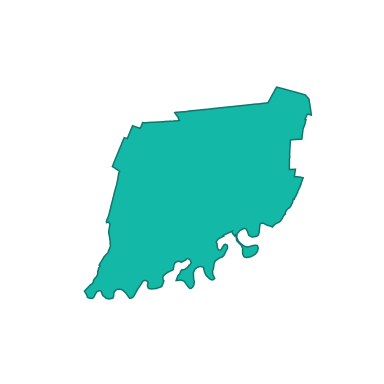 Halaucesti, Iasi, Romania (Robinson projection), rotated 133°
{"feature_id": "2599482B62160059118691", "entity_name": "Halaucesti", "entity_type": "district", "adm_level": 2, "iso_a3": "ROU", "parent_name": "Romania", "parent_adm1": "Iasi", "projection": "robinson", "projection_center": [26.82, 47.1], "detail": "fine", "context": "isolated", "style": "filled", "palette": "teal", "viewbox_px": 384, "rotation_deg": 133, "n_neighbors": 0, "source": "geoboundaries", "source_scale": "gbopen_adm2", "svg_char_len": 6052}
<svg xmlns="http://www.w3.org/2000/svg" viewBox="0 0 384 384"><g transform="rotate(133 192 192)"><path d="M184.0,280.7L197.0,275.8L197.3,276.6L198.3,278.0L198.4,278.3L198.5,278.6L204.5,276.5L205.4,276.0L209.4,274.6L214.8,272.5L222.4,269.7L227.7,267.6L227.1,264.8L227.0,263.8L226.9,262.8L226.6,261.8L226.4,259.6L226.2,259.0L226.9,258.7L228.4,258.4L229.7,257.4L231.2,256.5L232.3,255.7L237.7,252.3L245.2,248.5L248.0,246.8L250.4,245.6L252.3,244.4L254.5,243.3L258.1,241.3L260.2,240.0L261.8,239.3L262.7,238.7L265.7,237.1L268.6,235.8L270.3,235.3L272.1,234.4L272.2,234.2L272.2,233.8L272.3,233.6L272.5,233.5L271.3,232.7L271.1,232.5L271.2,230.8L271.3,230.4L271.5,230.2L271.7,229.9L277.1,226.4L278.6,225.2L281.3,221.4L281.6,221.2L283.5,218.7L287.6,214.5L292.7,212.6L293.6,212.0L299.0,212.2L308.8,210.1L308.7,209.7L308.7,208.8L309.2,208.6L310.6,208.5L311.5,208.3L312.5,207.7L313.1,207.2L314.0,207.0L314.2,206.9L316.0,205.3L316.9,204.8L317.5,204.5L320.1,204.0L321.0,204.2L321.3,204.2L321.5,204.1L322.4,204.1L323.9,203.7L325.5,202.7L326.5,202.4L327.2,202.4L328.8,202.9L337.8,203.1L339.2,198.5L340.3,196.6L339.6,194.6L337.9,192.4L336.2,192.0L333.3,192.8L330.2,193.6L328.4,193.0L326.9,192.1L326.6,190.5L327.5,189.1L328.6,186.5L328.3,184.3L328.4,182.2L327.7,181.3L326.8,179.7L324.6,178.1L323.4,177.5L322.0,178.0L318.8,180.5L316.3,180.8L314.4,180.5L312.2,178.3L311.1,176.3L311.0,171.4L312.3,165.2L311.1,164.1L308.9,163.4L306.5,163.8L300.5,165.4L295.9,166.1L290.4,167.1L288.6,166.0L288.0,164.7L287.7,163.4L288.5,162.3L291.0,160.6L292.0,158.7L291.8,157.2L290.4,155.4L287.1,152.4L282.4,149.9L281.2,149.8L276.2,151.9L276.2,152.2L275.9,153.3L275.4,154.1L274.1,155.2L273.3,155.6L272.8,155.7L271.0,155.7L268.5,155.2L266.3,154.6L263.9,153.7L262.6,153.0L262.0,152.9L261.6,152.8L261.1,153.0L260.1,153.9L259.3,154.2L257.8,155.4L256.9,155.8L255.4,156.0L254.8,156.0L254.0,155.8L253.2,155.5L252.1,154.8L251.3,154.0L250.7,151.9L247.6,150.8L247.0,150.6L246.8,150.6L246.7,150.4L246.4,150.3L246.0,150.2L245.1,150.5L243.9,149.9L242.9,148.2L242.9,147.7L243.3,146.4L243.5,145.6L244.0,144.9L244.4,144.5L245.0,144.2L246.1,144.0L246.4,143.8L247.2,143.9L247.4,144.2L247.6,144.2L248.8,143.9L249.8,143.9L250.1,144.0L250.7,143.9L251.5,144.2L253.3,144.4L254.1,144.8L254.6,145.0L255.1,145.8L255.6,146.4L256.3,146.5L257.9,146.2L258.5,145.9L259.2,145.5L259.6,145.3L260.4,145.2L261.3,145.3L263.1,145.1L267.6,143.2L266.1,141.8L264.2,140.4L263.2,138.5L262.6,136.7L263.9,130.3L264.0,127.9L263.0,126.9L261.0,126.6L258.4,127.4L256.1,129.0L254.6,131.4L250.0,136.0L246.2,137.2L243.9,136.8L242.2,136.1L241.3,135.5L240.5,134.7L239.7,133.5L239.3,132.2L239.6,131.5L240.4,130.9L242.3,127.6L243.4,124.7L243.5,119.6L242.9,117.7L241.5,116.5L239.7,116.5L239.0,118.2L238.0,120.8L235.8,123.1L233.5,124.0L229.1,127.2L226.6,127.9L224.6,127.6L222.3,127.1L219.7,126.2L219.0,125.5L218.3,125.6L217.0,125.3L212.7,126.6L211.3,127.2L210.6,127.3L209.9,127.3L209.4,127.5L208.4,128.1L207.7,128.8L207.3,129.5L207.0,129.8L206.9,130.0L207.0,130.5L207.4,131.6L207.4,131.9L208.1,132.3L209.0,132.6L209.4,132.5L209.8,132.3L210.3,132.2L211.0,132.2L211.3,132.2L212.9,131.7L213.9,131.5L215.0,131.6L215.6,132.0L216.1,133.1L216.1,133.5L216.0,134.0L215.8,134.4L215.2,135.6L214.5,136.5L213.8,137.1L213.3,137.9L212.7,138.5L212.5,138.8L212.4,139.8L211.3,140.4L210.2,140.7L208.3,140.7L206.0,140.0L202.7,138.7L202.7,138.8L203.0,139.2L202.6,139.7L197.8,137.7L193.3,135.9L194.0,135.7L194.7,133.7L194.8,132.2L194.8,131.9L195.0,131.4L195.0,131.0L195.1,130.9L195.1,130.7L193.7,131.1L193.7,130.5L196.3,127.1L196.9,126.5L197.0,126.2L197.1,125.9L197.1,125.1L197.2,124.5L197.3,123.3L197.4,119.1L198.0,118.5L198.6,116.5L200.2,115.2L202.3,113.2L203.2,111.8L203.8,110.1L203.5,108.7L203.0,107.7L201.9,106.7L199.8,105.2L197.2,104.1L194.4,103.4L193.2,103.3L190.7,103.7L188.2,105.1L187.0,106.5L186.7,107.9L187.6,109.3L190.0,111.2L193.9,113.4L195.9,116.4L196.3,119.1L196.5,122.6L196.1,125.2L194.3,128.8L191.8,130.4L187.3,130.7L183.3,129.2L182.3,127.7L182.3,127.1L182.6,125.5L185.0,120.8L184.1,117.6L182.9,116.3L180.0,114.4L178.1,114.2L176.3,115.0L169.2,120.3L168.1,120.3L166.9,119.4L166.0,117.9L165.0,114.2L163.3,111.1L162.8,109.2L162.0,109.3L161.3,109.6L161.1,109.6L161.0,109.4L158.5,109.2L157.4,108.9L155.1,107.9L154.5,107.7L153.1,107.5L152.1,107.6L150.8,107.8L148.5,108.4L147.6,108.7L146.9,108.9L144.4,108.7L144.0,109.4L143.0,109.7L141.4,110.4L139.9,110.4L138.4,110.4L138.0,110.3L137.5,110.0L136.4,110.0L135.4,110.1L134.2,110.3L133.8,110.6L132.7,111.0L131.9,111.0L131.3,111.4L130.6,111.5L129.9,112.1L129.2,112.6L128.5,112.5L128.0,113.1L127.5,112.3L126.0,113.0L125.1,113.0L122.8,113.7L122.4,114.0L120.2,114.5L118.4,115.5L116.4,116.0L114.4,116.7L113.8,117.1L113.7,116.9L112.7,117.4L112.0,117.6L112.1,117.8L107.7,119.6L107.0,120.0L106.3,120.1L106.1,120.3L105.8,120.4L107.3,123.0L108.3,124.4L109.8,126.3L111.0,127.6L104.8,131.9L107.7,134.7L108.3,135.3L109.2,136.0L106.9,138.2L106.0,139.1L103.9,140.9L102.0,142.8L99.4,144.6L99.1,145.0L98.7,145.6L95.5,148.3L93.7,149.9L86.7,155.5L83.6,152.7L81.1,150.3L78.6,147.8L78.3,147.8L70.3,153.7L69.2,154.2L65.9,155.4L64.4,156.3L63.3,156.9L61.3,158.0L62.0,158.9L56.2,160.7L55.4,159.2L54.4,157.1L49.5,163.1L46.0,167.7L44.6,169.3L44.4,169.8L44.2,170.3L43.9,173.7L43.7,174.8L43.7,175.1L43.8,175.5L45.3,178.5L52.5,192.2L53.5,194.2L57.5,201.6L59.0,201.4L65.1,199.8L67.1,199.4L67.4,199.2L73.6,197.6L75.1,197.3L78.8,200.6L82.2,203.4L83.2,204.3L84.0,205.2L89.5,209.9L94.0,213.8L95.8,215.3L97.2,216.6L101.5,220.3L102.7,221.4L117.1,233.9L119.9,236.2L120.8,236.9L122.6,238.7L129.8,244.9L130.6,245.7L134.0,248.7L135.3,249.8L136.3,250.4L137.1,251.0L141.5,255.2L142.5,256.0L144.6,258.0L145.6,258.8L145.8,258.8L146.8,253.3L147.3,252.4L148.3,250.0L148.8,250.3L150.2,251.5L150.9,252.2L151.8,253.2L152.6,253.8L154.4,255.4L155.7,256.9L156.3,257.3L158.5,259.6L159.7,260.5L163.5,264.1L164.3,264.9L165.2,265.7L166.6,267.1L168.0,268.5L171.4,271.8L172.3,272.5L173.3,273.5L174.0,274.2L174.9,275.5L176.2,274.9L177.7,274.3L180.6,273.3L181.6,275.2L182.7,277.6L183.0,278.1L183.4,279.1L184.0,280.7Z" fill="#14b8a6" stroke="#0f766e" stroke-width="1.5"/></g></svg>